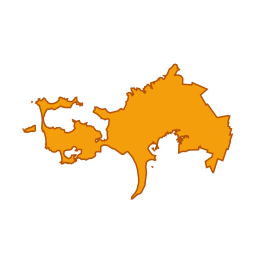 the district of Clarence, Tasmania, Australia, rotated 98°
{"feature_id": "25037944B57151940201314", "entity_name": "Clarence", "entity_type": "district", "adm_level": 2, "iso_a3": "AUS", "parent_name": "Australia", "parent_adm1": "Tasmania", "projection": "natural_earth1", "projection_center": [147.457, -42.874], "detail": "fine", "context": "isolated", "style": "filled", "palette": "amber", "viewbox_px": 256, "rotation_deg": 98, "n_neighbors": 0, "source": "geoboundaries", "source_scale": "gbopen_adm2", "svg_char_len": 5933}
<svg xmlns="http://www.w3.org/2000/svg" viewBox="0 0 256 256"><g transform="rotate(98 128 128)"><path d="M63.1,85.3L61.7,86.7L61.7,86.9L61.9,87.4L61.9,87.6L61.0,87.3L58.6,88.6L58.4,90.6L59.2,91.6L62.4,93.4L63.7,95.1L69.6,96.7L71.3,98.4L71.3,99.5L72.4,98.1L74.6,99.0L74.9,99.8L73.6,101.4L73.5,103.3L75.0,104.6L75.8,104.2L75.6,105.1L77.3,105.8L78.8,108.9L80.9,108.0L79.3,109.7L80.4,111.9L84.9,109.9L85.9,108.8L84.9,110.0L85.2,110.6L83.7,111.1L82.1,114.0L82.3,114.9L84.4,115.7L84.8,117.1L86.5,117.3L87.3,118.3L89.3,116.6L89.3,115.7L90.8,115.9L91.0,116.5L89.3,118.5L89.1,120.6L87.4,122.2L87.9,123.6L87.2,124.0L87.3,124.7L89.4,124.8L88.6,125.9L88.6,126.9L87.6,127.5L88.2,130.3L89.7,130.2L92.5,128.0L93.3,128.4L93.8,127.3L95.0,127.9L94.7,128.6L95.2,128.5L95.3,128.6L92.9,130.0L92.7,131.8L94.1,133.9L95.5,133.3L95.8,132.2L99.2,132.0L101.4,132.4L102.4,133.7L104.7,132.9L110.2,134.8L110.5,136.4L109.6,137.1L110.3,138.5L112.3,139.8L115.5,147.8L114.8,150.4L112.1,153.2L113.1,156.0L112.9,158.6L111.6,161.8L112.0,163.7L113.9,163.1L116.2,164.6L117.2,164.2L118.2,161.1L120.0,158.1L121.0,156.5L122.2,156.0L122.4,153.0L123.0,152.1L121.6,149.4L122.0,148.2L122.9,147.7L127.7,147.5L132.7,149.3L134.8,147.7L136.4,147.9L141.4,146.5L143.5,148.5L143.6,149.2L143.0,149.7L144.1,150.0L144.2,152.0L143.4,153.3L143.5,155.0L144.2,156.1L145.2,156.0L146.6,157.5L145.1,158.5L143.6,158.2L141.6,153.7L140.5,153.0L139.5,152.9L135.4,155.5L135.0,159.6L131.8,162.5L131.9,163.8L131.1,164.8L131.7,168.8L130.5,170.0L128.7,169.6L129.5,171.3L130.4,171.8L130.2,174.7L129.5,176.1L127.5,177.3L128.9,180.3L127.2,184.6L127.7,183.8L128.9,183.5L130.3,181.3L133.6,181.7L135.6,180.3L138.8,182.4L141.1,186.6L141.2,189.7L138.6,191.0L138.7,193.4L137.1,195.7L137.8,198.9L138.7,199.6L139.0,200.7L137.6,202.7L139.1,204.0L138.8,205.2L139.3,206.0L138.4,207.4L138.7,208.4L137.1,210.2L133.6,212.4L130.1,213.3L123.9,212.1L120.8,210.7L120.0,207.5L119.1,206.5L120.1,204.0L119.8,202.9L115.6,197.6L116.3,195.7L116.5,192.7L115.7,187.8L111.8,186.4L109.8,184.2L110.0,182.8L111.7,182.2L111.5,179.2L112.6,178.5L111.6,177.7L111.9,176.4L109.9,176.6L110.3,178.9L108.8,182.1L104.8,183.2L105.4,184.4L108.5,186.0L109.9,187.9L109.8,191.6L108.9,192.4L107.6,192.0L108.5,194.2L107.5,195.2L108.1,196.4L107.3,197.2L107.0,199.6L108.0,200.5L108.5,199.9L110.2,200.4L111.7,201.5L113.5,203.7L114.7,206.9L114.4,210.6L113.2,211.3L112.3,213.2L110.9,213.7L110.0,215.4L113.0,217.6L113.0,219.0L111.4,219.6L111.7,220.7L114.2,220.8L114.7,222.4L116.1,222.8L116.1,222.0L117.8,220.2L117.9,219.0L125.5,215.6L132.0,213.9L140.5,213.3L142.0,212.2L142.7,212.4L142.8,211.3L143.6,211.3L143.5,210.3L150.4,207.7L155.0,206.9L155.4,207.4L156.4,206.4L158.9,207.2L159.9,205.5L158.6,204.7L158.7,203.7L160.0,203.4L160.9,202.3L160.8,201.5L162.2,199.3L161.8,196.4L159.9,194.3L160.1,192.2L166.3,189.4L170.5,188.8L171.3,190.1L171.6,189.0L172.1,189.3L172.7,188.7L172.5,187.5L171.0,186.6L171.3,185.3L170.9,185.1L170.7,183.3L171.4,183.2L171.5,182.4L170.7,181.0L171.2,179.2L170.1,177.5L168.6,176.5L168.7,175.8L167.7,174.5L167.0,174.5L167.0,176.4L166.0,177.2L163.6,177.5L163.1,177.0L163.0,175.8L161.8,175.9L162.8,180.0L165.2,180.5L166.6,182.8L164.7,186.7L162.2,188.2L159.7,187.9L158.7,186.4L157.6,182.2L156.6,180.8L154.8,180.2L154.0,178.8L153.9,177.3L155.2,176.1L156.4,175.9L157.4,177.1L157.8,176.7L157.8,175.3L156.5,174.7L155.8,172.5L156.0,171.1L156.6,170.8L157.1,170.7L156.4,171.0L159.8,170.8L161.7,173.5L164.0,174.0L165.8,176.0L166.4,175.8L164.5,173.3L164.6,171.1L165.6,169.9L164.8,166.7L165.5,165.1L163.6,162.3L163.0,159.7L160.8,156.9L159.3,156.3L157.5,157.0L156.3,156.4L155.6,154.9L155.4,151.7L150.5,152.3L148.9,151.0L148.1,149.1L148.2,145.6L150.7,140.1L150.5,138.7L154.8,130.4L154.6,128.7L151.7,126.0L151.5,124.8L156.5,119.4L162.4,115.2L168.3,112.6L176.6,110.4L180.7,109.8L187.6,110.4L190.9,111.6L195.6,114.5L197.6,114.7L197.5,113.8L192.4,109.3L191.3,107.0L190.0,105.9L183.0,103.4L170.0,103.5L163.7,105.0L159.5,105.0L157.7,103.8L156.2,101.6L155.7,99.2L156.3,97.1L155.7,96.1L154.2,97.5L151.7,96.8L151.3,100.2L146.5,105.0L145.3,105.4L142.3,104.3L140.2,102.4L139.7,100.2L139.1,100.1L138.6,101.2L138.3,101.1L139.0,100.0L139.8,100.0L139.5,98.5L140.8,97.0L145.9,98.1L143.4,95.8L143.8,95.2L144.1,94.4L143.3,95.6L141.8,96.4L142.6,96.2L140.0,96.8L135.8,96.5L133.1,95.0L132.7,92.9L131.2,92.1L131.1,90.7L129.8,90.4L130.0,89.4L128.1,89.8L128.0,88.4L127.0,88.3L128.2,87.5L126.8,86.6L127.4,84.9L126.5,84.7L126.3,83.8L123.9,82.9L123.8,81.5L123.0,80.2L124.2,80.3L123.5,79.6L123.5,78.0L122.5,77.2L122.9,76.4L123.6,77.4L124.1,79.4L126.1,79.9L127.1,81.3L128.1,79.9L127.4,78.5L128.5,77.4L131.2,76.6L132.7,77.8L132.4,78.3L133.0,77.9L132.3,76.5L129.6,75.1L128.6,73.3L128.7,71.8L127.8,70.5L127.4,68.1L128.2,66.9L129.1,67.0L128.3,68.0L129.1,71.0L129.7,71.9L129.6,71.0L129.6,70.9L129.8,70.8L130.9,73.3L132.0,73.1L132.5,72.3L133.3,73.5L135.5,74.3L135.7,73.8L135.0,73.4L136.0,73.0L137.0,75.2L145.6,74.3L143.6,70.9L143.2,67.4L141.3,64.6L139.7,55.1L137.2,55.3L137.5,54.4L136.1,53.9L137.6,53.2L139.0,46.0L140.8,46.3L141.7,40.4L145.0,40.9L150.4,46.7L156.2,44.7L154.5,41.6L160.2,37.8L160.1,37.2L146.0,34.9L147.1,29.6L134.9,27.4L135.3,26.0L127.5,24.8L127.3,25.3L119.7,24.0L120.7,26.3L114.5,25.4L114.1,27.4L112.8,27.3L112.2,29.5L108.5,29.0L108.3,29.9L102.1,28.9L101.8,30.4L105.2,40.8L104.9,41.7L93.7,52.3L93.3,52.9L94.3,53.9L85.2,60.8L78.6,55.0L74.1,70.7L76.4,70.8L77.1,80.0L71.1,80.7L69.2,82.7L68.5,85.2L69.3,89.1L64.1,87.1L63.1,85.3ZM146.1,226.4L144.2,222.5L144.7,222.2L144.3,220.4L143.4,219.4L138.5,220.3L138.7,221.5L141.1,224.3L141.5,225.3L141.2,226.0L142.1,226.4L143.1,228.5L145.1,230.7L145.6,229.4L146.2,229.7L146.3,228.2L145.6,227.6L146.1,226.4ZM130.4,74.9L134.6,76.5L134.3,75.6L135.4,75.0L132.0,73.7L130.2,74.3L130.4,74.9ZM144.8,101.0L145.6,100.0L144.5,100.2L144.8,101.0ZM115.1,227.3L115.7,226.7L115.4,226.6L115.1,227.3ZM143.8,231.9L144.2,232.0L143.8,231.8L143.8,231.9ZM163.2,98.3L163.4,98.1L163.2,97.6L163.2,98.3Z" fill="#f59e0b" stroke="#b45309" stroke-width="1.5"/></g></svg>